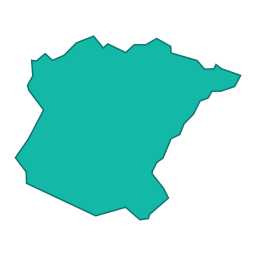 Oglethorpe, Georgia, United States of America
{"feature_id": "52423323B55328692258932", "entity_name": "Oglethorpe", "entity_type": "district", "adm_level": 2, "iso_a3": "USA", "parent_name": "United States of America", "parent_adm1": "Georgia", "projection": "orthographic", "projection_center": [-83.037, 33.869], "detail": "fine", "context": "isolated", "style": "filled", "palette": "teal", "viewbox_px": 256, "rotation_deg": 0, "n_neighbors": 0, "source": "geoboundaries", "source_scale": "gbopen_adm2", "svg_char_len": 699}
<svg xmlns="http://www.w3.org/2000/svg" viewBox="0 0 256 256"><path d="M168.4,198.0L163.7,188.6L152.0,173.6L152.4,171.2L156.7,162.5L163.0,158.0L171.1,138.6L179.8,134.5L184.0,123.9L193.5,114.0L200.1,101.0L208.1,98.0L212.0,91.2L221.1,91.1L234.7,86.4L240.6,75.5L221.4,68.7L216.0,64.5L213.8,68.9L204.4,69.1L197.2,60.6L171.1,53.0L170.6,46.4L156.6,38.5L145.8,44.8L134.2,44.8L125.6,52.6L107.8,43.9L103.4,48.0L93.6,36.2L76.4,42.9L64.1,55.3L52.3,60.4L45.3,53.7L36.2,61.1L31.7,60.3L32.8,75.9L27.5,85.5L28.9,90.4L43.6,109.9L42.6,111.9L28.5,138.9L15.4,157.7L26.3,172.1L26.5,183.3L95.7,215.8L125.5,207.2L140.0,219.8L148.4,218.5L149.5,214.4L168.4,198.0Z" fill="#14b8a6" stroke="#0f766e" stroke-width="1.5"/></svg>